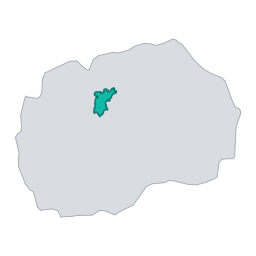 Studenichani, Studeničani, North Macedonia (highlighted)
{"feature_id": "65306769B72053820604170", "entity_name": "Studenichani", "entity_type": "district", "adm_level": 2, "iso_a3": "MKD", "parent_name": "North Macedonia", "parent_adm1": "Studeničani", "projection": "albers", "projection_center": [21.452, 41.825], "detail": "fine", "context": "in_parent", "style": "filled", "palette": "teal", "viewbox_px": 256, "rotation_deg": 0, "n_neighbors": 0, "source": "geoboundaries", "source_scale": "gbopen_adm2", "svg_char_len": 2337}
<svg xmlns="http://www.w3.org/2000/svg" viewBox="0 0 256 256"><path d="M113.6,52.4L118.4,53.0L129.0,49.9L135.5,45.7L138.9,45.1L143.3,43.5L149.7,43.7L156.2,45.4L164.5,43.0L172.6,39.0L175.8,39.9L179.4,43.2L181.7,44.1L195.3,61.5L202.8,68.5L211.6,73.8L221.6,77.6L225.3,81.3L231.9,99.9L235.1,106.9L239.4,109.0L240.4,111.0L240.6,113.7L236.1,126.9L234.7,156.3L233.5,158.7L228.5,158.6L221.8,159.4L219.3,161.7L216.9,177.5L206.2,182.2L196.4,184.9L188.2,184.4L173.7,180.8L168.9,180.5L164.9,182.6L152.0,183.8L146.3,186.6L133.1,205.2L119.6,211.6L115.0,214.9L104.6,210.8L99.7,210.4L92.5,215.1L76.8,215.5L72.5,216.3L60.4,217.0L59.9,214.4L57.7,210.7L52.1,208.9L40.5,210.3L37.8,207.6L33.2,191.8L29.5,189.3L25.4,184.0L18.6,166.8L18.5,159.3L19.1,152.8L15.4,137.5L17.8,133.6L21.4,131.2L21.5,125.1L20.6,115.7L25.0,97.4L26.2,96.0L27.2,96.9L37.4,98.5L40.1,96.2L41.8,92.6L42.5,79.1L45.0,72.9L69.7,61.3L76.9,60.9L82.4,66.3L86.8,69.8L89.5,69.7L90.4,66.2L93.4,59.5L98.5,55.6L113.4,52.3L113.6,52.4Z" fill="#d9dde1" stroke="#a8b0b8" stroke-width="1"/><path d="M107.5,109.8L107.5,108.5L106.8,107.6L106.4,107.5L106.2,106.7L105.8,106.5L106.4,105.1L105.4,103.7L105.4,102.2L107.4,100.8L107.8,99.6L108.8,100.9L109.4,100.9L110.0,100.3L109.9,99.4L110.3,98.6L111.4,97.5L111.5,96.4L112.7,94.2L114.0,93.8L114.5,93.4L115.0,93.4L116.4,92.2L116.3,91.0L115.9,91.0L115.8,91.5L115.5,91.7L114.3,90.8L114.5,90.4L114.3,89.4L114.0,89.0L114.5,88.6L114.5,88.4L113.6,87.8L112.7,88.4L112.1,89.4L111.6,89.0L111.1,89.4L110.8,90.3L109.7,91.5L108.9,91.5L108.5,91.3L107.6,92.0L107.4,91.8L107.7,91.4L107.9,90.1L107.0,90.3L106.2,89.0L104.9,89.1L104.0,89.5L104.0,90.7L104.2,91.1L103.8,91.2L104.0,91.7L103.7,91.7L103.7,92.3L103.1,92.5L102.8,93.1L102.4,92.7L101.7,92.8L101.4,93.2L101.4,92.6L101.0,92.5L100.7,91.9L100.5,92.1L100.0,91.9L99.9,92.4L99.4,92.5L97.5,91.7L95.6,92.2L94.7,93.0L94.4,94.1L94.9,95.3L95.5,95.5L95.8,95.7L95.7,96.0L96.5,96.4L97.5,96.1L97.4,95.8L98.1,96.9L97.9,97.6L96.2,97.6L95.9,98.0L95.7,99.4L95.4,99.7L95.1,102.3L94.7,103.5L94.4,103.3L95.1,104.4L95.3,105.6L94.7,108.0L94.2,108.1L94.0,108.7L94.2,110.0L93.9,111.2L94.1,111.7L94.0,112.6L94.3,113.2L95.7,112.3L96.5,112.1L97.3,112.7L97.7,114.0L98.7,114.4L98.8,114.8L99.7,116.5L101.1,115.2L102.0,114.9L102.4,113.6L103.0,113.6L104.0,110.3L105.6,109.6L106.8,109.9L107.5,109.8Z" fill="#14b8a6" stroke="#0f766e" stroke-width="1.5"/></svg>